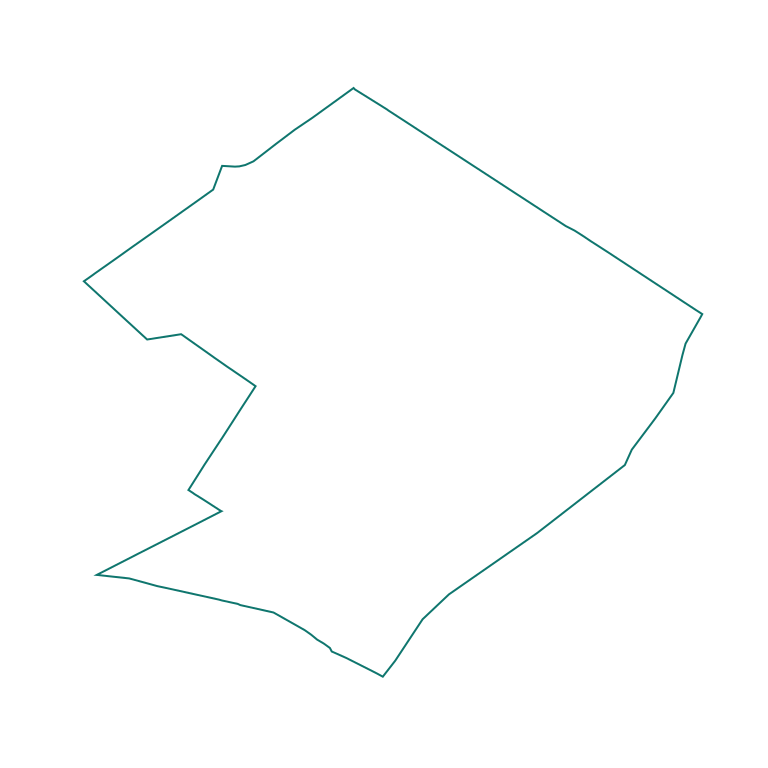 the district of San Miguel Xoxtla, Puebla, Mexico, rotated 96°
{"feature_id": "50627088B55674968003410", "entity_name": "San Miguel Xoxtla", "entity_type": "district", "adm_level": 2, "iso_a3": "MEX", "parent_name": "Mexico", "parent_adm1": "Puebla", "projection": "orthographic", "projection_center": [-98.306, 19.172], "detail": "fine", "context": "isolated", "style": "outline", "palette": "teal", "viewbox_px": 768, "rotation_deg": 96, "n_neighbors": 0, "source": "geoboundaries", "source_scale": "gbopen_adm2", "svg_char_len": 1464}
<svg xmlns="http://www.w3.org/2000/svg" viewBox="0 0 768 768"><g transform="rotate(96 384 384)"><path d="M184.0,567.8L208.5,574.2L226.1,594.1L233.4,602.4L253.3,625.0L274.3,649.0L286.6,662.9L299.1,677.2L304.7,683.6L305.4,684.3L313.2,693.2L316.7,688.5L331.2,669.0L332.4,667.4L347.6,647.0L364.0,624.9L364.5,624.2L355.7,591.0L356.2,590.0L375.1,556.3L375.3,556.0L380.5,546.6L383.1,541.9L384.6,539.1L385.9,536.6L387.5,533.7L389.8,529.4L394.3,521.1L399.6,511.5L411.8,517.7L420.0,521.9L427.7,525.8L434.3,529.1L455.5,539.8L456.0,540.1L482.8,554.0L489.5,557.3L509.9,567.4L512.4,562.5L513.3,561.0L517.5,552.3L518.0,551.3L527.3,533.0L527.5,532.4L549.1,565.5L578.4,610.6L603.3,648.8L603.9,649.7L604.0,617.1L607.0,598.6L608.7,588.4L609.5,580.6L615.7,525.5L616.2,522.7L618.0,506.4L618.9,503.8L622.8,470.0L637.1,437.1L640.9,430.3L645.2,423.8L648.4,416.8L652.2,410.2L655.5,408.0L660.3,393.2L660.4,392.9L672.7,360.6L675.2,354.6L658.0,343.9L613.9,321.0L586.4,297.4L516.2,216.1L439.4,136.0L423.4,130.7L389.8,110.6L376.3,103.0L362.6,95.3L323.9,90.2L312.3,88.3L283.7,75.8L281.2,74.8L277.9,81.4L228.8,176.5L227.7,178.7L223.9,186.2L220.6,192.8L220.3,193.4L217.2,199.2L216.8,199.9L211.5,210.5L209.9,214.6L207.9,219.8L180.8,272.8L154.7,323.8L138.2,356.1L122.3,387.1L111.5,408.3L110.7,409.6L97.8,436.1L94.1,443.7L92.8,445.2L126.7,483.0L140.5,499.4L156.6,516.6L176.2,537.1L180.7,544.8L182.7,550.7L183.4,555.0L183.7,561.6L184.0,567.8Z" fill="none" stroke="#0f766e" stroke-width="2"/></g></svg>